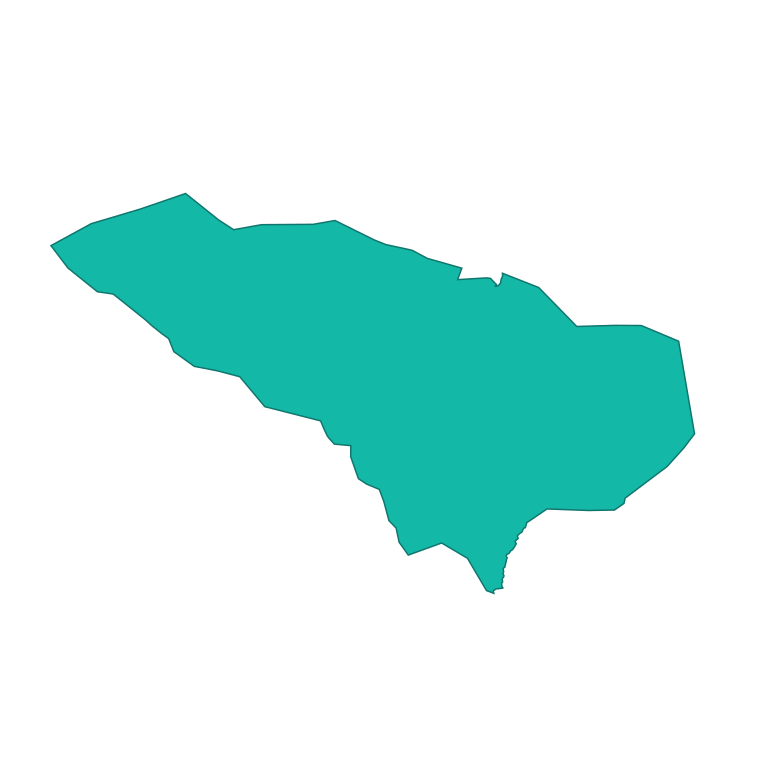 Delger, Govi-Altay, Mongolia (Equal Earth projection), rotated 168°
{"feature_id": "93677404B14709319621932", "entity_name": "Delger", "entity_type": "district", "adm_level": 2, "iso_a3": "MNG", "parent_name": "Mongolia", "parent_adm1": "Govi-Altay", "projection": "equal_earth", "projection_center": [97.409, 46.215], "detail": "fine", "context": "isolated", "style": "filled", "palette": "teal", "viewbox_px": 768, "rotation_deg": 168, "n_neighbors": 0, "source": "geoboundaries", "source_scale": "gbopen_adm2", "svg_char_len": 3361}
<svg xmlns="http://www.w3.org/2000/svg" viewBox="0 0 768 768"><g transform="rotate(168 384 384)"><path d="M395.8,211.6L360.7,216.5L338.6,196.2L326.7,160.6L323.8,158.8L320.1,156.4L320.1,158.5L320.1,158.8L319.9,159.1L319.6,159.3L319.2,159.4L318.7,159.5L318.3,159.7L317.9,159.9L317.4,160.1L316.9,160.2L316.1,160.2L315.5,160.1L314.3,159.9L314.0,160.0L313.4,159.9L312.9,159.9L312.3,159.8L311.6,159.7L311.1,159.7L310.6,159.7L310.3,159.7L310.1,159.8L310.1,160.1L310.4,160.4L310.6,160.6L310.7,161.2L310.7,161.6L310.6,162.2L310.6,162.9L310.5,163.6L310.5,163.8L310.3,164.4L310.0,164.9L309.5,165.4L309.4,165.4L309.2,165.6L309.1,166.2L309.0,167.2L309.0,168.3L308.9,168.9L308.7,169.1L308.5,169.3L308.1,169.6L307.9,169.7L307.8,169.8L307.5,170.1L307.1,170.4L306.8,170.8L306.7,171.2L306.5,171.7L306.5,171.8L306.5,172.0L306.6,172.4L306.9,172.9L307.1,173.3L307.2,173.7L307.2,173.9L306.7,174.3L306.4,174.6L306.1,175.2L306.1,175.3L306.0,175.8L305.9,176.4L305.9,176.5L305.9,177.0L305.9,177.5L305.9,177.8L305.8,178.3L305.7,178.6L305.3,179.0L305.2,179.1L304.9,179.3L304.2,179.6L303.7,179.9L303.6,180.3L303.5,180.8L303.2,181.3L302.9,181.8L302.6,182.4L302.6,182.5L302.5,182.9L302.4,183.2L302.2,183.7L302.1,183.9L301.9,184.1L301.5,184.6L301.3,185.2L301.2,185.3L301.1,185.8L301.0,186.3L300.9,186.6L300.6,187.1L300.2,187.5L300.0,187.8L299.8,188.0L299.7,188.2L299.7,188.3L299.7,188.5L299.9,189.2L300.1,189.6L300.2,190.2L300.1,190.6L299.8,191.1L299.6,191.4L299.2,191.7L298.6,191.9L297.8,192.1L297.4,192.2L297.2,192.3L296.9,192.4L296.6,192.6L296.1,193.1L295.6,193.6L295.1,194.1L294.5,194.6L294.2,194.7L294.0,194.8L293.4,194.9L293.0,195.1L292.7,195.3L292.3,195.6L291.7,196.1L290.9,196.9L290.3,197.4L289.9,197.8L289.4,198.7L289.0,199.1L288.7,199.3L288.4,199.5L288.2,199.8L288.0,200.0L287.9,200.3L287.9,200.5L288.0,201.0L288.1,201.3L288.2,201.5L288.3,201.8L288.4,202.1L288.4,202.4L288.4,202.6L288.3,202.9L288.0,203.2L287.7,203.4L287.2,203.8L286.9,204.0L286.6,204.1L286.3,204.2L285.9,204.3L285.6,204.5L285.3,204.7L284.9,205.1L284.9,205.3L284.9,205.7L285.0,206.3L285.1,206.6L285.2,207.2L285.2,207.4L285.1,207.6L285.0,207.9L284.6,208.1L283.9,208.6L283.2,209.0L282.3,209.5L281.5,209.9L281.3,210.0L281.0,210.1L280.7,210.2L280.3,210.3L279.9,210.6L279.5,210.9L279.4,211.1L279.2,211.4L278.8,212.1L278.5,212.5L278.3,212.8L277.9,213.2L277.4,213.6L277.2,213.8L277.0,214.0L276.8,214.1L276.5,214.1L275.6,214.1L275.2,214.8L275.0,215.2L274.3,216.6L274.2,216.8L273.3,218.6L250.5,227.9L210.4,217.8L184.8,212.8L174.1,217.3L171.9,222.2L124.1,244.5L103.9,259.2L90.6,270.7L86.9,364.6L120.2,387.7L145.3,393.2L183.5,400.2L212.6,446.2L245.1,467.7L245.4,466.1L245.5,465.0L246.1,464.1L247.6,462.1L248.7,459.6L249.0,458.6L250.5,457.3L252.0,456.4L254.1,456.2L254.7,456.6L254.2,456.8L253.4,457.4L253.3,458.1L253.7,458.3L257.9,465.2L261.8,466.5L290.3,470.8L283.8,481.1L315.6,497.9L328.6,508.9L353.4,520.1L363.7,527.0L397.9,554.1L420.1,554.9L470.7,565.3L499.0,566.2L511.7,578.9L538.5,611.6L586.0,605.8L637.0,601.7L681.0,588.6L669.0,563.1L645.1,533.8L630.2,528.3L604.5,497.0L598.5,488.7L590.4,478.9L590.2,478.7L585.2,473.2L582.8,459.3L565.9,440.7L544.2,431.5L523.6,421.1L505.3,386.6L453.7,361.1L452.0,352.3L450.2,344.8L448.8,341.9L445.0,335.5L429.3,330.6L431.7,319.8L428.7,296.7L421.6,289.5L410.5,281.9L408.6,269.2L407.6,249.4L402.1,240.6L402.1,226.1L395.8,211.6Z" fill="#14b8a6" stroke="#0f766e" stroke-width="1.5"/></g></svg>